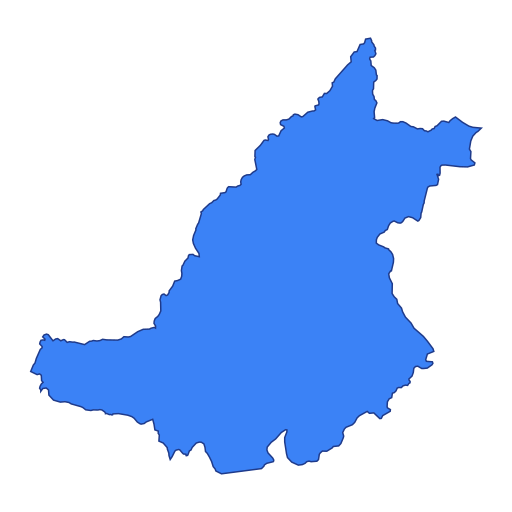 San Felipe Tepatlán, Puebla, Mexico
{"feature_id": "50627088B44475495738204", "entity_name": "San Felipe Tepatlán", "entity_type": "district", "adm_level": 2, "iso_a3": "MEX", "parent_name": "Mexico", "parent_adm1": "Puebla", "projection": "mercator", "projection_center": [-97.789, 20.119], "detail": "fine", "context": "isolated", "style": "filled", "palette": "blue", "viewbox_px": 512, "rotation_deg": 0, "n_neighbors": 0, "source": "geoboundaries", "source_scale": "gbopen_adm2", "svg_char_len": 6024}
<svg xmlns="http://www.w3.org/2000/svg" viewBox="0 0 512 512"><path d="M105.5,413.7L106.7,413.5L109.3,414.6L110.7,414.5L111.7,414.9L112.6,414.8L113.0,413.9L118.6,413.6L127.8,415.2L131.8,416.6L134.1,418.2L137.3,422.0L139.9,423.7L141.1,424.1L144.2,423.5L146.3,421.9L152.7,419.3L154.0,424.2L154.9,429.9L158.3,431.1L158.2,433.3L159.3,435.0L158.9,441.1L163.2,443.0L167.3,447.7L167.3,448.9L168.8,453.1L169.0,455.6L170.2,459.5L172.1,456.7L174.9,451.1L176.1,450.1L178.7,449.5L179.7,449.8L182.7,453.3L183.5,454.0L185.9,454.2L186.1,455.6L186.8,455.7L187.8,455.1L189.4,450.9L191.0,450.0L192.2,447.4L196.3,443.0L199.3,442.1L201.3,442.2L203.9,443.9L205.0,447.4L205.5,451.5L207.3,453.4L209.4,457.0L211.6,461.5L213.2,466.6L215.1,468.9L215.9,471.0L221.5,473.8L261.5,468.6L263.9,466.2L264.4,464.9L266.8,463.3L273.2,461.7L273.7,460.9L273.7,459.9L272.7,458.0L268.0,452.9L266.9,450.0L267.2,447.1L271.2,442.3L275.7,438.9L281.3,432.5L285.6,429.7L286.9,429.9L286.9,431.8L284.7,437.6L284.7,441.9L286.5,453.6L287.5,457.6L291.7,462.1L298.3,465.1L302.3,464.6L305.1,463.3L306.7,461.7L309.0,461.1L311.1,461.7L316.9,461.2L318.5,459.6L319.3,454.3L320.2,453.0L322.3,451.1L326.8,451.2L332.2,447.9L333.3,446.5L338.7,445.9L340.9,443.5L343.3,437.7L343.7,436.1L342.7,432.6L344.4,429.0L346.0,427.3L352.4,424.7L354.7,422.4L357.1,417.9L359.4,415.7L367.2,411.4L369.4,413.3L373.8,412.9L379.8,418.6L381.3,418.4L382.7,415.6L390.2,411.3L390.4,409.6L387.4,407.8L387.1,406.4L387.4,401.8L389.2,398.8L391.7,397.6L392.4,393.2L394.3,392.6L396.0,390.9L397.2,388.1L398.7,387.5L401.3,387.6L403.1,385.8L405.6,385.1L407.6,385.4L408.8,383.5L410.0,382.8L410.1,381.4L409.0,380.0L408.9,379.0L412.0,376.1L413.3,372.5L413.8,368.3L415.5,366.5L417.8,366.2L421.7,368.5L423.7,368.5L427.3,368.1L432.0,364.8L432.9,363.3L432.4,361.8L426.4,361.3L425.7,359.6L427.4,354.0L433.8,351.4L433.0,348.7L427.4,341.2L423.4,336.4L414.0,328.2L411.0,323.0L405.4,317.1L402.6,311.8L401.5,308.1L397.6,303.5L396.8,299.3L394.2,296.8L392.1,293.5L392.3,283.7L389.4,277.9L388.7,273.8L390.6,270.9L391.4,270.9L393.4,262.3L393.6,258.6L392.6,254.5L391.0,251.9L388.6,249.6L388.5,248.9L385.0,247.9L383.7,246.9L378.7,244.9L376.3,243.1L376.4,239.7L377.3,237.3L379.9,234.0L384.2,232.1L385.3,230.5L387.3,229.5L388.6,225.7L390.3,223.0L393.0,221.3L394.2,221.0L397.8,222.8L400.2,223.1L401.4,222.7L402.8,221.4L404.9,218.1L408.5,216.6L412.6,217.7L417.8,221.1L418.9,220.5L420.7,217.6L421.1,213.1L421.7,212.0L423.3,204.5L424.1,203.0L424.2,200.9L427.4,188.1L427.9,187.1L429.7,186.0L436.1,185.4L437.5,184.6L438.6,179.3L437.0,174.4L437.9,174.2L438.7,175.6L439.6,175.2L440.1,173.1L440.0,167.2L441.0,165.6L442.0,165.1L445.4,165.0L459.8,166.7L467.6,166.9L474.3,165.0L474.9,162.9L471.1,159.9L470.5,158.6L470.9,151.6L469.4,149.1L470.8,140.9L472.8,136.1L476.1,132.5L477.9,131.4L481.3,128.1L472.8,127.3L468.9,126.1L462.5,122.3L455.5,117.0L452.7,118.6L450.1,120.7L448.8,122.5L443.8,121.1L441.5,121.3L437.0,125.8L435.1,126.5L434.1,128.6L432.8,128.8L431.8,129.3L431.3,130.1L427.9,131.8L426.4,131.0L424.4,130.7L422.5,128.7L420.1,128.5L417.4,128.9L413.4,126.8L410.9,126.5L406.1,123.1L402.9,121.7L400.3,121.7L399.3,122.7L397.9,123.2L393.2,123.1L390.9,122.7L387.5,120.8L382.7,119.6L377.1,120.5L373.7,118.6L374.6,117.5L374.1,111.7L374.8,108.2L376.9,102.9L375.8,100.6L374.4,99.5L374.0,96.5L372.7,94.2L372.5,91.4L372.6,90.1L373.5,88.8L373.7,82.1L375.8,80.5L377.0,79.0L377.1,75.6L376.4,74.9L375.8,70.1L374.3,67.8L371.2,65.5L370.8,60.9L369.7,59.2L369.7,58.4L370.1,57.2L373.4,57.0L374.8,55.7L375.9,53.8L374.8,50.4L375.5,50.0L375.5,48.1L374.2,46.2L373.9,44.8L371.7,41.9L371.6,40.6L370.5,38.2L365.6,39.1L364.6,42.7L363.6,43.9L360.1,44.5L357.0,51.6L354.2,52.0L350.7,56.7L351.2,61.8L347.6,64.9L335.3,78.8L333.8,82.1L332.2,82.8L332.5,86.2L329.9,90.7L326.7,93.5L324.4,93.4L322.3,96.9L319.5,97.4L318.2,98.6L317.9,99.1L318.8,101.5L319.0,103.7L318.6,104.9L315.1,105.9L314.9,106.6L315.6,109.9L313.9,111.0L312.5,111.0L307.8,112.2L302.8,116.6L301.3,116.9L298.0,114.7L294.9,114.1L293.4,114.7L292.9,116.0L291.5,116.5L288.9,119.1L286.3,119.9L282.9,119.9L280.9,121.0L280.2,122.7L280.6,124.6L283.9,126.3L284.4,128.0L281.1,130.7L278.7,135.9L277.0,136.2L274.5,134.4L272.8,134.0L270.4,134.3L268.9,135.1L267.9,136.8L268.5,139.4L268.0,140.5L265.3,140.0L264.0,140.4L260.4,145.3L255.1,150.5L254.9,156.5L255.5,157.2L254.8,159.5L256.8,169.5L255.3,170.9L252.9,172.3L250.3,174.7L246.7,174.9L244.1,176.0L242.5,177.3L241.2,179.6L240.7,181.9L241.1,184.3L240.0,185.4L237.8,186.0L236.1,187.1L228.7,186.7L227.6,187.6L226.9,189.0L226.1,191.7L225.0,192.6L220.5,193.3L220.3,195.0L217.1,199.1L215.6,200.1L213.9,200.5L211.7,202.7L209.6,203.7L203.3,209.5L202.7,210.8L200.9,212.0L201.4,213.5L198.6,223.0L197.7,224.2L195.8,228.7L195.9,230.0L193.6,235.5L192.7,239.9L193.4,243.5L195.5,248.2L199.0,253.5L199.3,256.7L194.6,255.7L193.0,254.4L189.3,254.6L188.5,255.6L188.0,258.0L184.9,261.1L182.9,265.3L182.1,266.0L181.4,270.6L181.9,273.4L181.7,276.3L180.6,279.2L177.4,280.6L174.7,281.1L172.7,286.1L169.2,290.8L169.1,292.5L167.6,295.0L166.1,295.6L164.0,294.0L162.3,294.5L161.1,295.7L160.0,299.8L160.6,302.2L160.8,310.9L159.2,314.5L157.8,316.4L155.2,318.5L154.2,321.1L154.0,323.4L155.6,326.0L155.5,328.1L154.3,327.4L150.8,328.3L149.5,329.1L143.2,329.3L137.7,331.7L130.6,336.5L128.3,337.0L123.9,336.7L121.4,338.9L117.8,340.1L106.8,339.9L102.6,339.3L99.9,340.6L96.9,341.0L93.3,340.5L91.3,341.2L89.6,341.3L84.6,344.6L74.1,342.0L73.1,342.2L69.5,341.7L67.2,342.4L64.5,339.7L63.4,339.6L60.8,340.8L57.7,338.6L55.6,339.0L53.0,340.8L48.3,334.7L46.5,334.1L44.0,335.0L42.7,336.9L45.0,339.1L44.7,340.3L43.0,339.9L41.0,340.3L40.1,342.0L39.7,343.9L42.1,346.5L42.1,347.8L40.3,349.4L36.3,358.5L35.0,363.0L33.3,365.1L30.7,371.5L37.1,374.6L39.6,373.9L41.3,375.3L41.6,380.6L43.1,382.3L41.3,384.0L40.1,386.3L39.6,388.2L40.8,390.0L40.8,391.3L42.8,388.5L46.2,388.0L48.5,389.9L48.9,395.1L53.5,400.1L60.3,402.1L65.0,401.7L69.0,402.5L71.2,403.9L81.1,406.7L83.0,407.6L85.7,409.8L90.9,410.5L93.2,409.9L97.9,410.0L99.8,409.6L101.8,409.9L104.7,411.9L105.5,413.2L105.5,413.7Z" fill="#3b82f6" stroke="#1e3a8a" stroke-width="1.5"/></svg>